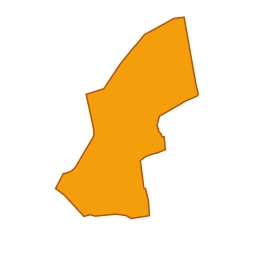 outline of Etung, Cross River, Nigeria, rotated 162°
{"feature_id": "59680162B25131261753844", "entity_name": "Etung", "entity_type": "district", "adm_level": 2, "iso_a3": "NGA", "parent_name": "Nigeria", "parent_adm1": "Cross River", "projection": "albers", "projection_center": [8.782, 5.851], "detail": "fine", "context": "isolated", "style": "filled", "palette": "amber", "viewbox_px": 256, "rotation_deg": 162, "n_neighbors": 0, "source": "geoboundaries", "source_scale": "gbopen_adm2", "svg_char_len": 778}
<svg xmlns="http://www.w3.org/2000/svg" viewBox="0 0 256 256"><g transform="rotate(162 128 128)"><path d="M50.7,138.6L49.8,149.3L40.4,216.1L50.4,218.0L66.3,215.0L83.6,211.7L94.6,204.5L96.5,203.7L115.4,191.4L138.8,172.8L157.4,173.0L160.8,138.9L161.8,134.1L162.6,132.0L163.7,130.4L163.9,130.2L187.8,109.0L189.7,107.3L191.5,106.1L195.6,104.5L201.0,104.2L203.6,104.6L215.6,92.8L209.3,83.9L197.2,57.5L190.7,57.2L186.6,54.4L165.8,49.7L156.8,45.3L153.0,40.9L134.7,38.0L131.1,52.4L130.1,64.8L131.5,66.0L126.7,91.3L126.5,93.2L125.7,93.4L120.3,95.3L118.4,95.6L111.0,95.6L108.3,95.2L100.0,95.9L99.2,95.9L96.3,108.2L98.3,109.6L98.5,112.5L99.9,115.3L99.5,117.2L99.6,121.6L94.5,129.5L66.4,135.5L62.7,136.1L52.3,137.1L50.7,138.6Z" fill="#f59e0b" stroke="#b45309" stroke-width="1.5"/></g></svg>